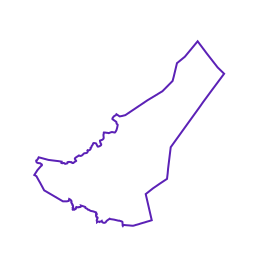 Bardu nor, Troms, Norway (Mercator projection), rotated 281°
{"feature_id": "86288312B82966611739072", "entity_name": "Bardu nor", "entity_type": "district", "adm_level": 2, "iso_a3": "NOR", "parent_name": "Norway", "parent_adm1": "Troms", "projection": "mercator", "projection_center": [18.319, 68.703], "detail": "fine", "context": "isolated", "style": "outline", "palette": "violet", "viewbox_px": 256, "rotation_deg": 281, "n_neighbors": 0, "source": "geoboundaries", "source_scale": "gbopen_adm2", "svg_char_len": 4973}
<svg xmlns="http://www.w3.org/2000/svg" viewBox="0 0 256 256"><g transform="rotate(281 128 128)"><path d="M64.0,45.0L63.8,45.7L63.2,47.3L58.9,50.9L57.8,51.9L50.8,57.6L43.6,78.1L44.3,81.9L45.1,83.7L47.1,83.8L46.7,85.0L45.9,86.2L45.0,86.6L44.7,86.4L44.5,86.5L44.3,86.6L44.0,86.6L43.9,86.8L43.6,86.9L43.5,87.1L43.4,87.2L43.1,87.5L42.9,87.7L42.7,87.8L42.4,87.8L42.1,87.9L42.1,88.0L42.0,88.3L41.9,88.3L41.6,88.4L41.3,88.8L41.1,88.9L40.9,88.9L40.6,89.0L40.4,89.0L40.0,89.2L39.8,89.1L39.7,89.2L39.4,89.3L39.2,89.5L38.9,89.6L38.7,89.5L38.6,89.3L38.4,89.3L38.4,89.2L38.2,89.3L37.9,89.4L37.7,89.3L37.7,89.2L37.4,89.2L37.3,89.3L37.2,89.4L37.2,89.5L37.3,89.6L37.5,89.7L37.7,89.8L37.8,90.0L37.6,90.1L37.7,90.3L37.5,90.7L37.5,90.8L38.0,91.2L38.1,91.3L38.2,91.7L38.4,91.9L38.5,92.0L38.8,91.9L39.1,92.0L39.4,92.3L39.8,92.3L40.0,92.2L40.3,92.2L40.5,92.3L40.6,92.5L40.5,92.8L40.6,93.1L40.5,93.4L40.5,93.8L40.5,94.1L40.7,94.4L40.9,94.7L40.9,94.8L41.0,94.9L41.0,95.0L41.0,95.3L41.2,95.6L41.3,95.6L41.4,95.8L41.5,96.0L41.4,96.3L41.5,96.5L42.0,96.6L42.3,97.0L42.6,97.0L42.9,96.8L42.5,100.0L42.3,101.1L41.4,101.5L41.2,102.1L41.0,103.1L40.2,104.3L40.3,104.8L40.2,105.4L40.0,105.6L39.9,105.9L39.5,107.4L39.5,109.6L39.4,110.5L39.3,111.2L39.2,111.8L39.0,112.8L38.4,112.9L38.1,113.4L37.7,113.7L37.2,113.8L37.0,113.2L36.6,113.4L35.9,113.3L35.4,113.5L34.5,114.2L34.6,114.4L34.6,114.6L34.5,114.8L34.5,115.0L34.4,115.1L34.1,115.3L33.8,115.3L33.4,115.3L32.5,115.0L32.3,115.1L31.7,114.9L31.0,115.0L30.8,115.2L30.7,115.3L30.2,115.5L29.6,115.6L30.0,116.0L30.3,116.4L30.4,116.7L30.6,117.4L30.3,118.0L30.6,118.3L30.9,118.7L31.0,119.2L31.2,119.5L31.8,120.0L31.3,120.3L30.8,120.6L30.6,121.1L30.3,121.7L30.3,121.9L30.3,122.1L30.4,122.5L30.5,123.2L31.1,124.0L31.9,124.4L32.5,124.6L32.9,124.9L34.1,126.0L35.4,127.3L35.2,127.5L35.4,131.8L35.2,136.0L35.2,136.5L35.4,137.0L35.3,137.7L35.2,138.3L35.2,139.1L34.9,140.3L34.3,140.6L31.1,141.4L30.9,141.6L31.2,141.7L31.7,142.1L32.0,142.4L32.1,142.8L32.1,143.3L32.3,145.3L32.6,147.8L32.8,150.1L32.9,150.8L33.0,151.6L33.7,153.1L34.4,154.3L34.6,154.8L35.7,157.0L36.4,158.2L37.8,160.9L38.1,161.5L38.7,162.7L39.1,163.4L39.7,164.5L40.9,166.9L42.0,168.9L57.3,162.1L66.5,158.0L73.6,164.1L79.4,169.8L85.5,176.0L91.1,175.6L95.9,175.1L117.3,173.6L142.3,185.1L163.3,194.8L167.4,196.6L180.9,203.0L199.6,212.0L204.6,204.4L216.2,191.1L226.4,179.8L208.8,170.2L201.0,163.7L187.0,163.1L182.7,162.8L170.7,154.8L159.0,141.9L140.1,122.9L138.6,119.7L137.8,117.6L139.3,114.0L138.7,113.8L138.1,113.5L137.7,112.9L137.3,112.4L136.5,111.8L135.6,111.3L134.5,110.9L134.3,110.9L133.8,111.0L133.7,111.2L133.5,111.5L133.4,111.8L133.0,112.6L132.9,112.9L132.4,114.0L131.8,115.3L131.7,115.4L131.5,115.5L130.5,115.8L130.1,116.0L129.8,116.4L129.5,116.9L129.3,117.2L129.0,117.3L128.7,117.3L128.2,117.3L126.3,117.3L123.9,117.1L122.8,116.8L122.4,116.7L121.8,116.4L121.4,116.2L121.1,116.0L121.0,115.7L121.0,115.1L121.0,114.5L121.0,114.3L121.0,113.8L121.0,113.2L120.9,112.8L120.7,112.4L120.2,111.5L120.1,111.3L119.3,110.2L119.4,109.9L119.3,109.5L119.3,108.8L119.3,108.6L119.3,108.2L119.2,107.8L119.2,107.5L119.2,106.7L119.1,106.0L119.1,105.8L119.0,105.5L119.0,105.2L118.7,105.1L117.9,105.3L116.5,105.2L113.8,106.0L113.5,106.0L112.9,106.0L112.7,105.9L111.8,105.3L111.4,104.8L111.2,104.4L110.8,103.8L110.5,103.2L110.3,102.9L110.1,102.9L109.5,103.1L108.2,103.8L107.7,104.1L107.1,104.7L106.8,104.8L106.4,104.9L106.1,104.8L105.8,104.7L105.4,104.2L104.9,103.8L104.5,103.2L104.1,102.5L104.0,102.2L104.0,101.8L104.2,101.6L105.7,100.4L106.0,100.2L106.7,99.6L106.8,99.4L106.8,99.1L106.8,98.0L106.7,97.3L106.6,97.0L106.4,96.8L105.4,96.6L105.1,96.6L104.3,96.3L103.4,95.8L102.5,95.8L102.1,95.6L101.9,95.5L101.5,95.1L101.3,95.0L100.9,95.3L100.6,95.4L100.4,95.3L99.3,94.8L98.9,94.3L98.6,93.8L98.5,93.6L98.5,93.2L98.5,92.9L98.7,92.3L98.8,92.1L98.9,91.9L98.5,92.3L98.0,92.6L97.7,92.8L97.4,92.9L97.1,93.0L96.8,92.9L96.2,92.7L95.7,92.3L95.4,91.7L95.2,91.1L95.0,90.4L94.9,90.2L94.8,89.9L94.6,89.7L94.3,89.4L94.0,89.2L92.6,88.3L92.2,87.9L91.7,87.2L91.5,86.7L91.5,86.4L91.5,86.1L91.5,85.6L91.6,85.3L91.7,85.1L91.5,84.8L91.2,84.7L90.2,83.5L89.8,83.2L89.4,82.7L88.8,82.2L88.4,81.9L88.1,81.7L87.9,81.7L87.6,81.7L87.2,82.0L86.8,82.3L86.5,82.7L86.4,82.8L86.2,83.1L86.0,83.3L85.8,83.4L85.5,83.2L85.2,82.8L85.1,82.6L84.5,82.1L84.1,81.7L83.2,81.0L83.1,80.5L83.0,80.2L83.1,79.8L83.2,79.6L83.7,79.1L83.5,78.6L83.5,78.3L83.5,78.0L83.6,77.7L83.6,77.3L83.5,77.0L83.4,76.3L83.2,75.8L82.9,75.2L82.4,75.2L81.8,75.2L81.6,74.9L80.9,73.4L80.8,73.1L81.2,72.5L81.4,72.0L81.4,71.7L81.3,71.2L81.1,71.0L80.9,70.2L80.9,69.6L80.9,69.4L81.0,69.2L81.4,69.2L82.1,69.3L82.3,69.3L82.2,66.0L82.0,63.4L81.5,56.0L82.1,47.4L82.1,46.8L82.2,45.9L81.7,45.7L81.1,45.7L80.5,45.5L79.9,45.1L79.3,44.9L79.1,44.8L78.7,44.2L78.2,44.1L77.9,44.3L77.2,44.6L77.0,44.8L76.7,45.2L76.6,45.8L76.4,46.5L76.5,47.0L76.6,48.7L76.3,49.1L76.1,49.5L76.0,50.0L75.9,50.2L75.7,50.4L75.2,50.6L74.9,50.5L74.9,50.4L72.1,48.7L69.3,47.1L64.0,45.0Z" fill="none" stroke="#5b21b6" stroke-width="2"/></g></svg>